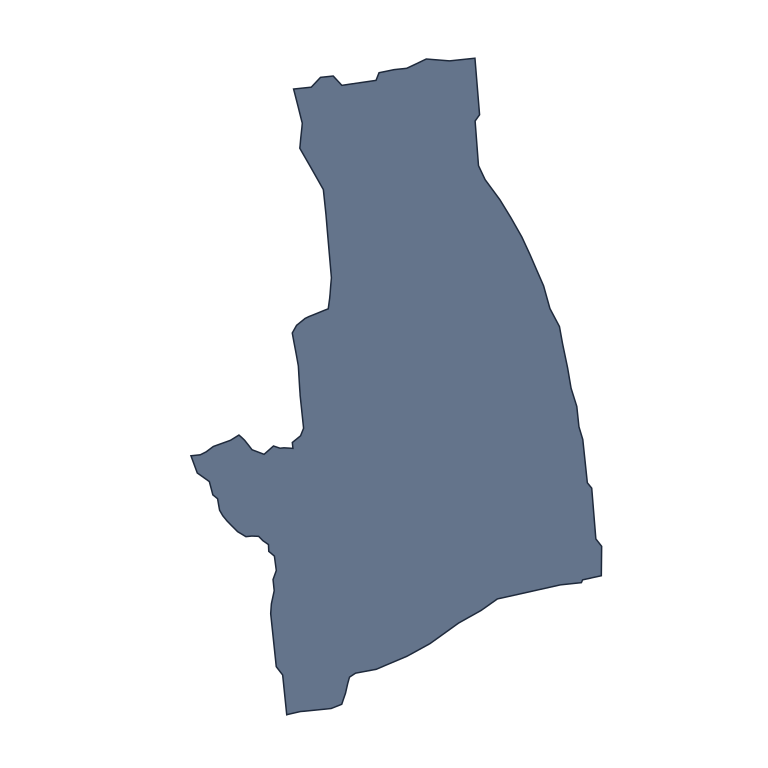 Abu Kershola, South Kordufan, Sudan, rotated 174°
{"feature_id": "16777658B31438962952191", "entity_name": "Abu Kershola", "entity_type": "district", "adm_level": 2, "iso_a3": "SDN", "parent_name": "Sudan", "parent_adm1": "South Kordufan", "projection": "robinson", "projection_center": [30.867, 11.992], "detail": "fine", "context": "isolated", "style": "filled", "palette": "slate", "viewbox_px": 768, "rotation_deg": 174, "n_neighbors": 0, "source": "geoboundaries", "source_scale": "gbopen_adm2", "svg_char_len": 2288}
<svg xmlns="http://www.w3.org/2000/svg" viewBox="0 0 768 768"><g transform="rotate(174 384 384)"><path d="M515.3,65.2L513.6,65.5L501.3,67.0L497.7,66.9L496.3,66.9L474.9,66.8L470.5,66.8L461.2,69.4L459.5,69.9L457.4,74.5L454.6,80.5L451.4,89.9L449.9,93.7L449.8,94.0L448.9,96.1L442.5,99.4L421.4,101.1L411.1,104.3L389.4,110.9L389.2,111.0L365.4,121.0L353.1,128.0L334.9,138.4L324.5,142.9L320.7,144.5L311.0,148.7L293.7,158.4L289.1,158.9L229.6,165.8L208.5,165.8L208.3,166.1L208.1,166.4L207.0,168.4L206.5,168.5L205.8,168.6L204.6,168.7L203.1,168.9L202.1,169.0L201.7,169.0L198.4,169.4L198.0,169.5L193.2,170.0L187.9,170.6L184.5,199.8L189.5,207.8L188.3,258.7L192.1,264.5L192.1,295.1L192.1,308.0L194.6,321.1L194.6,335.0L194.6,340.8L194.6,341.5L198.4,360.3L199.7,380.7L202.2,405.4L203.5,422.8L211.1,441.7L215.0,464.9L220.1,480.9L225.1,496.9L231.5,515.7L240.4,536.1L249.4,555.0L262.1,576.7L267.2,591.3L265.9,636.0L260.8,641.8L259.5,698.5L285.0,698.5L308.0,702.8L319.5,698.7L328.4,695.6L341.1,695.6L349.0,694.8L356.4,694.1L360.2,686.8L385.8,685.8L394.7,685.4L402.3,695.6L415.1,695.6L425.3,686.8L443.1,686.8L442.5,682.9L440.4,668.7L438.6,655.8L438.0,652.0L438.8,647.9L441.2,636.7L442.0,632.6L442.5,630.0L443.1,627.3L441.8,624.3L435.1,609.2L429.0,595.2L425.7,587.6L424.0,583.7L424.0,564.9L424.0,558.7L424.3,544.7L424.6,528.7L425.1,500.7L425.2,495.1L426.7,487.5L428.2,479.2L429.1,474.8L431.6,464.6L436.0,463.4L440.1,462.2L441.8,461.7L447.7,460.0L452.0,458.8L452.2,458.7L455.8,457.4L456.3,457.0L464.8,451.5L469.9,444.3L469.2,435.1L468.2,423.2L467.3,410.9L467.8,400.2L468.3,388.9L468.5,382.7L468.6,381.8L468.6,360.0L468.6,348.4L472.4,341.2L481.3,335.4L481.3,329.5L484.2,330.0L490.2,331.0L494.1,331.0L500.4,333.9L510.6,326.6L522.1,332.4L525.5,337.9L526.1,338.8L528.5,342.6L531.2,345.8L533.6,348.4L542.5,344.1L543.2,343.9L560.3,339.7L568.0,335.1L574.1,332.8L576.5,332.8L579.6,332.8L582.2,332.8L583.5,332.8L579.0,315.0L571.5,308.4L567.9,305.2L565.8,291.6L561.5,287.3L561.1,280.9L560.7,275.6L558.1,269.8L554.3,264.0L550.5,259.2L545.0,252.4L541.1,249.5L537.3,246.6L531.4,246.6L524.6,245.6L520.8,240.8L515.7,236.4L516.1,229.6L511.0,224.3L510.6,209.8L514.8,201.1L514.8,189.9L519.0,177.1L520.7,167.4L520.7,114.1L515.2,105.2L515.3,66.4L515.3,65.2L515.3,65.2Z" fill="#64748b" stroke="#1e293b" stroke-width="1.5"/></g></svg>